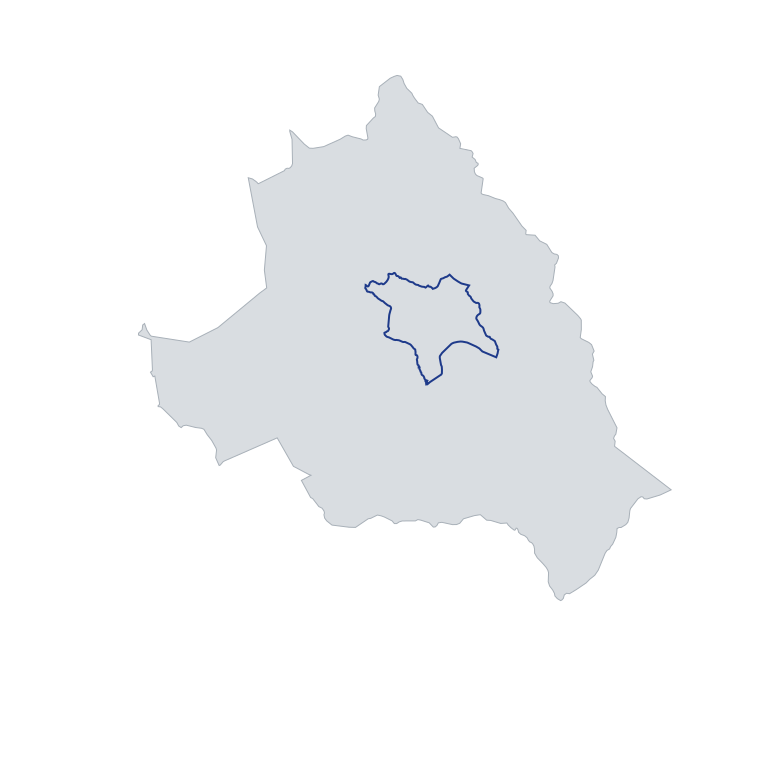 Cochabamba highlighted on a map of Bolivia, rotated 154°
{"feature_id": "BOL-1291", "entity_name": "Cochabamba", "entity_type": "Department", "adm_level": 1, "iso_a3": "BOL", "parent_name": "Bolivia", "parent_adm1": "", "projection": "natural_earth1", "projection_center": [-65.4, -17.184], "detail": "fine", "context": "in_parent", "style": "outline", "palette": "blue", "viewbox_px": 768, "rotation_deg": 154, "n_neighbors": 0, "source": "natural_earth", "source_scale": "10m", "svg_char_len": 8460}
<svg xmlns="http://www.w3.org/2000/svg" viewBox="0 0 768 768"><g transform="rotate(154 384 384)"><path d="M176.5,438.1L175.5,428.6L174.0,426.3L171.8,424.7L171.1,422.8L171.9,420.8L176.1,416.9L178.4,416.2L179.0,414.2L186.7,403.0L189.0,400.7L191.8,399.1L192.9,397.7L192.3,393.6L192.5,390.9L193.4,389.1L198.6,385.9L199.1,385.2L198.9,384.1L196.6,382.0L192.0,380.2L188.9,380.4L185.9,377.4L179.7,360.4L178.7,356.4L178.7,354.9L182.8,346.4L187.3,339.7L186.8,338.2L181.7,331.6L180.2,328.4L180.7,321.5L183.6,319.5L185.0,313.3L186.3,312.3L189.0,308.1L192.8,304.3L193.1,299.6L194.2,298.4L197.4,296.9L197.8,295.7L197.0,292.6L195.4,289.3L194.1,287.7L192.3,279.6L190.5,275.6L192.5,272.0L193.7,267.9L194.1,263.2L193.8,242.5L197.6,237.3L199.6,236.3L201.5,234.5L201.3,231.3L204.1,226.9L172.3,163.0L184.6,163.2L198.1,165.4L200.4,166.8L200.9,169.0L202.4,170.0L206.1,169.5L217.1,164.0L218.7,162.2L222.5,156.1L225.5,152.8L228.4,151.6L233.9,151.1L235.7,152.0L237.9,151.9L239.9,148.5L242.8,144.6L248.7,139.8L251.7,138.5L253.5,136.9L256.7,136.6L259.5,134.9L273.0,122.8L278.4,119.7L284.7,118.3L289.5,116.6L301.5,114.9L309.2,114.2L311.7,115.9L314.4,115.4L316.8,112.7L318.8,111.9L320.2,111.9L322.3,115.1L323.3,118.5L322.6,121.1L322.7,124.9L323.7,129.8L323.1,134.2L318.8,142.3L318.4,144.7L318.6,147.9L320.0,153.2L322.4,160.6L322.8,166.0L321.1,169.5L320.3,172.6L320.4,175.1L321.0,176.9L322.1,178.0L322.7,180.0L322.8,183.1L324.2,186.1L326.9,188.9L328.0,191.7L327.5,194.3L327.6,195.9L328.4,196.5L330.1,195.3L331.0,195.5L332.9,199.2L334.2,202.9L334.5,205.2L340.2,207.5L347.9,214.6L351.4,216.6L354.7,224.3L360.5,226.1L371.7,228.0L377.0,225.6L380.5,225.9L384.1,227.6L392.6,234.3L396.0,235.4L398.4,233.7L400.7,233.1L402.4,233.8L404.2,239.4L410.6,245.5L413.0,247.3L415.8,247.2L427.6,252.9L430.7,253.4L433.8,253.0L435.9,254.0L436.7,257.4L441.9,264.2L444.4,266.8L447.4,269.1L454.9,269.1L457.2,269.8L472.5,267.6L478.2,270.6L492.6,280.0L495.5,286.1L496.1,289.5L495.3,292.8L494.0,294.2L493.6,296.3L494.1,299.5L496.3,302.4L498.3,312.2L499.7,314.2L500.5,333.6L489.6,334.0L491.4,335.9L501.5,349.7L503.6,382.4L561.1,384.8L562.6,384.7L566.8,382.9L567.9,383.0L567.6,391.5L563.4,398.1L563.1,400.2L563.6,408.8L565.1,415.9L565.7,422.2L567.4,424.2L572.4,427.5L579.8,433.7L582.8,434.5L585.4,433.7L586.9,436.2L587.1,440.3L593.7,458.9L594.9,461.4L596.9,462.7L596.5,463.6L594.8,464.0L594.1,465.4L586.5,491.6L588.3,491.7L588.7,497.0L586.5,497.4L585.8,498.5L573.9,525.9L583.2,535.7L582.3,537.3L577.6,538.8L575.0,542.8L572.7,543.3L573.5,536.5L572.8,530.5L572.2,529.0L540.6,507.0L508.5,507.5L455.9,520.2L447.3,521.8L441.6,538.8L429.0,559.8L428.8,580.6L415.6,628.9L412.3,625.9L409.9,621.3L409.3,619.2L408.9,619.1L380.0,619.4L378.6,620.4L376.5,620.4L375.0,619.5L373.6,619.5L371.4,620.4L369.6,622.2L359.4,644.2L358.0,652.2L357.4,653.5L355.7,650.7L350.5,634.6L347.7,628.7L344.4,626.9L334.2,623.8L315.9,623.2L310.1,623.8L307.2,623.4L304.1,620.1L297.2,614.3L295.8,612.4L293.1,611.2L291.5,611.1L290.6,612.2L288.0,621.4L286.5,624.0L277.0,627.7L274.5,628.2L273.1,630.4L272.6,633.4L271.4,636.2L264.8,640.3L263.3,642.1L262.6,646.2L257.8,653.3L244.4,656.1L240.0,656.0L237.0,655.6L234.0,653.3L233.6,649.4L234.2,645.3L233.9,639.7L231.5,633.1L231.6,630.9L231.3,627.7L230.1,621.6L227.0,618.5L225.7,609.0L223.1,603.5L222.7,590.3L214.3,575.7L210.9,574.7L210.0,573.8L209.6,571.7L209.8,566.3L212.5,562.5L203.4,555.5L202.9,553.7L202.9,552.1L205.3,549.3L203.7,545.8L203.9,542.6L202.8,541.3L202.9,540.3L203.9,539.4L208.4,538.4L209.7,535.1L209.8,532.5L209.1,530.6L205.0,525.8L204.9,525.0L213.0,513.1L212.8,512.1L212.0,511.0L207.5,507.4L202.6,501.9L199.2,499.0L196.6,496.2L195.3,493.8L194.9,487.4L193.2,481.0L190.8,465.5L188.9,459.8L190.8,456.8L190.7,455.9L183.0,451.5L181.3,444.4L176.5,438.1Z" fill="#d9dde1" stroke="#a8b0b8" stroke-width="1"/><path d="M264.3,435.3L268.8,432.6L269.2,432.2L269.5,431.9L269.4,431.3L269.2,430.9L268.9,430.5L268.7,430.1L268.5,429.7L269.2,428.1L268.7,425.9L268.4,425.5L268.1,425.0L268.0,424.6L267.9,424.0L268.1,422.7L267.5,419.8L267.3,419.1L267.1,418.6L266.6,417.8L266.1,417.2L265.7,416.5L264.1,415.8L263.6,415.2L263.4,414.5L263.5,413.6L263.8,412.7L263.9,412.4L264.5,411.5L264.7,411.0L264.7,410.7L264.6,409.8L264.7,409.0L264.9,408.3L265.6,406.9L266.3,405.7L267.1,405.2L269.2,404.9L270.1,404.6L271.0,404.1L271.8,403.3L272.3,402.5L272.4,401.8L272.3,401.2L272.1,399.2L272.1,398.7L272.1,395.6L271.8,394.4L270.7,392.3L270.3,391.2L270.3,390.1L270.7,388.1L270.9,382.9L270.7,382.3L269.9,381.3L269.6,380.7L268.4,380.1L268.3,379.8L268.4,379.2L268.3,378.3L268.0,377.6L266.9,376.3L266.4,375.3L265.7,374.3L265.6,374.0L265.6,373.6L265.9,370.6L265.9,369.5L265.8,368.6L265.8,368.1L265.9,367.6L266.1,367.1L266.4,366.7L266.6,366.3L266.7,365.6L266.6,365.3L266.5,365.2L266.3,365.1L266.2,365.0L266.1,364.8L267.2,363.5L268.5,361.7L271.4,358.8L281.3,370.1L281.6,370.9L282.2,372.6L282.6,373.9L282.8,374.3L284.8,377.3L290.6,384.3L291.3,385.0L294.8,387.6L296.5,388.6L299.3,389.6L303.0,390.5L304.7,390.6L305.9,390.5L318.1,386.5L321.5,384.6L322.0,383.9L322.5,382.8L324.4,376.1L324.4,374.8L324.5,374.2L325.6,371.5L327.3,368.2L328.4,367.4L341.8,365.6L345.2,364.7L345.7,365.0L346.2,365.1L345.9,366.0L345.5,366.1L344.5,366.1L345.3,366.9L345.5,367.4L345.5,368.0L345.0,367.8L344.5,367.6L344.1,367.6L343.6,368.0L344.2,368.6L344.7,369.2L345.1,370.0L345.3,370.9L345.3,371.4L345.2,371.7L345.1,371.9L345.0,372.1L345.0,373.6L345.2,374.4L345.9,375.5L346.0,376.1L345.9,376.8L345.6,377.4L345.5,378.2L345.8,379.1L345.5,379.9L345.5,380.6L345.6,381.4L345.5,382.2L344.7,383.3L344.7,383.8L345.5,383.9L344.9,385.1L344.8,385.4L344.8,385.8L345.2,386.3L345.3,386.7L345.2,387.3L344.1,390.2L344.1,390.3L343.8,391.5L343.5,391.9L342.7,392.5L342.4,392.9L342.1,393.5L341.8,394.2L341.8,394.9L341.9,395.5L342.2,395.8L342.5,395.9L342.7,396.1L342.8,396.5L342.7,396.8L341.5,399.2L341.3,400.1L340.9,400.9L340.9,401.4L341.0,401.8L341.5,402.5L341.7,402.9L341.8,403.2L341.9,404.0L342.7,407.3L343.2,408.3L346.5,412.4L347.3,412.9L348.1,413.2L348.4,413.4L348.8,413.7L351.0,416.3L351.5,416.8L353.6,418.2L354.5,418.5L354.8,418.7L356.0,419.7L359.0,423.6L360.6,425.1L360.8,425.4L361.0,425.7L361.3,426.7L361.6,427.4L361.7,428.2L361.5,428.9L361.3,429.7L360.7,429.8L360.1,429.9L359.7,429.7L359.4,429.7L358.6,429.9L358.3,430.0L357.6,429.9L357.2,429.9L356.8,430.1L355.5,431.1L355.3,431.4L355.1,431.9L355.1,432.3L355.1,433.2L355.1,433.6L354.9,434.0L349.3,443.3L348.6,444.3L345.7,447.6L344.9,448.3L344.4,449.0L344.2,450.1L344.4,451.0L344.6,451.4L346.2,453.2L346.6,454.1L347.8,456.6L348.5,458.6L349.0,459.2L349.3,459.5L349.7,459.8L349.9,460.2L350.2,460.6L350.7,461.6L351.4,462.7L352.0,463.8L352.4,465.4L352.9,466.5L353.3,466.9L353.5,467.1L353.6,467.3L353.6,467.8L353.6,468.1L353.5,468.3L353.5,468.6L353.5,468.8L354.0,469.2L354.1,469.4L354.0,470.1L354.0,470.4L354.1,470.7L354.4,471.2L354.6,471.5L354.9,471.7L355.5,472.0L355.9,472.2L356.4,472.7L357.0,473.3L357.3,473.6L358.1,474.1L358.4,474.3L358.5,474.5L358.6,475.0L358.5,476.6L358.5,477.0L358.6,477.4L358.8,478.0L358.8,478.3L358.7,478.6L357.8,479.7L357.1,481.0L356.8,480.6L356.6,480.3L356.3,479.3L356.1,479.0L355.4,478.7L354.6,479.0L352.2,481.2L351.8,481.4L351.2,481.5L349.4,481.5L348.9,481.4L348.6,481.2L348.1,480.3L347.8,480.0L347.1,479.4L346.8,479.0L346.3,477.8L346.2,477.6L345.8,477.4L345.5,477.1L345.1,476.2L344.4,475.7L342.8,475.7L342.1,475.4L341.8,475.1L341.4,474.3L341.2,474.1L340.5,473.9L339.7,474.0L337.2,474.8L335.3,475.8L334.0,476.8L333.2,477.6L332.9,478.1L332.6,478.7L332.3,479.9L332.1,480.5L331.7,480.9L331.3,480.9L330.8,480.7L329.2,479.5L328.6,479.2L327.9,479.1L326.6,479.4L326.0,479.3L325.5,478.7L325.4,477.8L325.4,476.7L325.3,475.7L324.9,475.3L324.5,475.2L324.1,474.8L323.8,474.3L323.6,473.9L323.4,472.5L323.0,472.4L322.6,472.5L322.3,472.5L322.1,472.1L322.1,471.7L322.0,471.3L321.9,470.9L321.4,470.7L320.2,469.9L319.9,469.5L319.7,469.4L319.0,469.2L318.8,469.1L317.7,467.8L316.2,464.9L314.9,463.7L314.4,463.4L313.7,462.9L313.2,462.3L312.8,461.1L312.4,460.3L311.6,459.2L310.3,458.3L309.7,457.8L309.4,457.0L307.3,454.9L305.2,453.6L304.5,452.5L303.8,452.5L301.5,453.2L301.1,453.1L300.9,452.0L300.7,451.7L300.3,451.4L299.9,451.3L299.5,450.9L299.0,450.0L298.6,448.9L298.4,448.1L297.7,448.1L297.3,448.0L296.9,447.9L295.7,447.8L294.3,447.9L293.3,448.2L292.9,448.3L290.1,450.6L289.3,451.3L287.3,453.1L286.9,453.4L286.6,453.4L286.2,453.4L284.4,453.1L282.3,453.2L280.9,453.0L280.7,452.9L280.3,452.9L279.5,453.0L277.1,453.5L275.2,448.2L272.5,443.6L270.7,440.9L270.1,440.2L264.3,435.3Z" fill="none" stroke="#1e3a8a" stroke-width="2"/></g></svg>